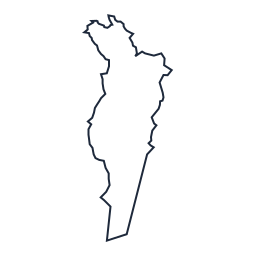 Selladi tou Appi, Nicosia, Cyprus (Albers equal-area conic projection)
{"feature_id": "46923920B45268143409663", "entity_name": "Selladi tou Appi", "entity_type": "district", "adm_level": 2, "iso_a3": "CYP", "parent_name": "Cyprus", "parent_adm1": "Nicosia", "projection": "albers", "projection_center": [32.619, 35.151], "detail": "fine", "context": "isolated", "style": "outline", "palette": "slate", "viewbox_px": 256, "rotation_deg": 0, "n_neighbors": 0, "source": "geoboundaries", "source_scale": "gbopen_adm2", "svg_char_len": 1326}
<svg xmlns="http://www.w3.org/2000/svg" viewBox="0 0 256 256"><path d="M100.7,197.4L104.0,200.1L110.5,206.6L106.9,240.6L126.7,234.2L147.1,154.4L153.7,147.3L150.6,145.4L148.6,143.2L151.3,140.6L151.0,137.1L152.3,130.6L156.4,125.3L154.1,123.5L151.7,117.3L158.6,108.8L159.9,104.9L160.1,101.3L162.5,100.6L163.5,97.4L162.7,92.7L159.6,82.5L163.5,75.0L167.6,75.2L171.7,70.1L164.1,65.2L164.6,58.5L161.3,53.4L153.9,55.6L145.1,53.4L142.1,51.6L135.3,56.2L136.9,53.4L135.9,47.3L133.0,45.7L132.4,42.6L129.6,37.9L133.1,33.8L130.8,32.8L126.7,30.6L124.9,28.6L123.6,26.3L123.6,24.1L120.6,21.6L117.5,21.6L115.2,19.8L114.2,16.5L108.4,15.4L108.7,17.0L109.5,19.7L112.3,24.7L110.4,25.1L109.8,26.2L107.4,27.8L104.3,27.1L103.9,25.6L98.9,23.8L97.7,22.5L97.6,21.3L96.6,20.8L91.5,21.0L93.1,22.6L87.4,25.9L87.7,29.5L84.3,32.3L89.0,33.1L89.7,36.0L91.7,38.0L92.0,40.0L94.8,43.8L97.0,45.5L98.3,50.3L101.0,54.0L103.5,56.1L105.6,59.2L109.0,60.1L109.0,66.3L106.8,73.3L101.0,74.2L102.6,79.2L102.6,83.4L103.5,89.3L105.3,93.9L101.0,98.2L99.2,101.3L97.4,104.0L94.9,108.0L94.0,112.6L92.2,117.8L87.9,121.5L91.2,124.3L88.5,129.2L88.5,134.7L89.1,139.3L89.7,144.2L92.5,147.9L93.1,151.3L93.7,154.4L95.5,158.1L99.2,159.9L103.8,160.8L105.6,167.9L108.7,173.4L108.7,178.9L109.6,185.1L106.2,191.8L100.7,197.4L100.7,197.4Z" fill="none" stroke="#1e293b" stroke-width="2"/></svg>